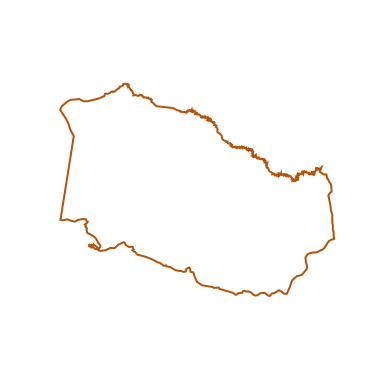 Na Mon, Kalasin, Thailand (Mercator projection), rotated 340°
{"feature_id": "78962969B62182146168517", "entity_name": "Na Mon", "entity_type": "district", "adm_level": 2, "iso_a3": "THA", "parent_name": "Thailand", "parent_adm1": "Kalasin", "projection": "mercator", "projection_center": [103.83, 16.584], "detail": "fine", "context": "isolated", "style": "outline", "palette": "amber", "viewbox_px": 384, "rotation_deg": 340, "n_neighbors": 0, "source": "geoboundaries", "source_scale": "gbopen_adm2", "svg_char_len": 6041}
<svg xmlns="http://www.w3.org/2000/svg" viewBox="0 0 384 384"><g transform="rotate(340 192 192)"><path d="M246.3,320.1L251.3,314.9L255.9,309.3L262.2,306.8L264.1,307.3L267.0,307.4L273.2,303.8L274.6,301.9L275.2,296.0L276.3,292.2L278.6,290.5L280.1,290.0L283.9,290.0L288.7,291.3L296.2,290.5L303.9,284.9L306.5,284.5L309.5,284.7L310.1,281.4L311.4,278.2L311.5,275.5L312.9,271.7L313.5,268.2L315.8,262.2L316.5,255.8L317.4,252.4L319.0,241.8L321.8,239.9L323.2,239.5L325.1,233.4L325.2,232.0L324.4,229.3L324.2,226.4L323.7,225.5L324.3,221.4L322.0,220.8L318.9,216.6L322.0,213.2L318.9,214.1L318.6,212.9L318.0,212.9L317.9,212.3L316.7,212.0L316.5,212.6L317.4,212.7L316.6,213.6L316.6,214.2L315.6,213.9L314.1,215.6L313.0,214.7L312.6,214.9L313.3,215.9L313.0,217.3L312.4,217.6L312.1,217.0L311.1,216.7L311.6,215.0L311.3,214.2L310.4,215.0L311.1,215.4L310.8,215.9L308.2,215.6L307.8,214.8L308.4,214.8L308.5,213.9L306.0,213.0L306.2,212.0L304.7,211.8L304.6,210.7L302.4,210.6L302.2,211.4L303.5,212.2L302.8,213.1L302.8,212.2L302.2,212.6L301.8,211.9L300.8,212.4L299.8,211.7L299.0,212.5L298.6,211.4L297.7,210.8L297.3,211.3L297.8,212.3L297.5,212.7L297.3,212.2L296.6,212.6L296.7,213.6L295.6,212.6L294.7,213.6L295.4,214.3L295.6,215.8L296.1,216.0L295.9,216.8L294.8,216.6L295.1,215.8L294.7,215.0L294.1,214.8L293.8,215.5L294.2,216.5L293.0,217.1L292.2,216.8L291.8,215.8L291.0,216.4L290.1,216.1L291.3,214.5L290.0,214.0L290.7,213.0L289.9,210.7L289.3,210.1L288.4,210.6L287.9,209.0L287.2,209.8L286.4,209.2L286.8,208.2L286.4,207.5L285.6,207.4L285.5,208.8L284.5,207.8L283.7,208.0L283.5,207.6L284.1,206.5L282.1,206.6L282.3,204.8L282.0,205.2L280.9,204.6L281.3,205.4L281.0,205.9L279.5,205.2L280.1,206.1L279.1,206.8L279.2,205.6L278.4,205.6L278.1,206.3L276.9,205.6L276.9,204.9L275.4,204.7L275.3,204.3L275.8,203.9L275.3,202.9L273.5,202.8L274.1,201.7L271.9,199.2L271.6,195.5L271.0,195.2L271.3,194.6L270.5,193.9L271.0,193.2L270.7,192.3L271.8,192.0L272.9,190.2L271.8,190.3L272.0,189.8L270.5,189.2L271.4,188.1L270.3,188.0L270.1,187.6L271.1,186.5L270.4,186.3L270.7,185.6L269.2,185.3L269.2,184.6L267.9,184.7L267.0,184.2L266.8,182.6L266.1,182.4L265.5,182.9L265.4,182.2L264.5,182.3L264.1,181.1L264.4,180.1L263.7,180.4L263.2,179.7L263.7,179.1L262.5,179.4L262.3,180.3L261.5,180.2L261.0,178.8L261.8,178.9L261.1,178.4L262.1,177.8L261.7,176.4L262.5,176.2L262.3,174.9L263.0,175.5L263.4,174.8L262.9,174.4L263.0,173.0L262.7,172.1L262.3,171.9L262.4,172.5L261.3,172.8L261.1,172.2L260.4,172.3L260.3,171.7L259.6,172.2L259.6,171.0L258.8,171.9L258.2,171.3L258.8,170.4L257.8,170.1L257.9,168.8L256.7,169.0L256.2,167.6L255.1,168.0L255.3,167.2L254.3,166.2L253.9,166.4L254.3,166.9L253.7,167.4L252.2,166.0L251.8,167.0L250.6,165.5L249.6,166.0L249.5,165.1L248.5,164.9L248.2,164.2L247.9,164.3L248.0,165.0L247.0,164.0L245.6,164.0L244.3,162.2L245.5,162.1L245.8,161.5L245.1,161.3L245.4,160.8L245.1,160.0L244.4,160.3L244.4,159.3L242.7,158.9L242.0,157.3L242.5,156.8L241.3,156.5L241.2,155.6L240.7,155.5L239.1,153.7L238.7,152.8L239.0,149.1L238.6,147.3L236.4,144.6L236.7,143.2L237.5,142.3L237.4,140.1L236.6,139.0L237.7,138.0L236.8,137.0L235.9,136.7L236.6,136.2L236.3,134.9L236.8,134.5L236.6,133.9L235.4,134.3L234.8,133.4L235.4,133.6L235.6,133.3L234.2,132.0L234.3,131.3L233.8,130.7L234.8,130.2L234.7,129.8L234.1,129.1L233.4,129.3L232.6,130.7L231.9,130.7L232.7,129.3L232.2,129.7L231.3,129.5L232.8,128.5L232.5,127.1L231.8,127.0L232.1,128.0L231.5,128.3L231.3,127.1L230.5,127.0L230.1,125.3L228.9,126.4L228.3,126.0L228.8,125.5L228.1,125.4L228.0,124.6L227.6,124.5L227.5,125.1L226.9,124.5L227.2,125.5L226.7,125.6L225.9,124.6L226.0,122.9L225.6,121.8L223.2,121.0L222.7,119.9L221.6,119.8L222.1,119.2L223.2,119.2L222.3,118.3L222.7,117.3L221.5,116.9L221.1,117.1L220.9,115.8L219.7,116.9L218.6,115.9L219.4,115.5L219.8,114.3L219.2,114.7L218.5,114.4L218.5,115.1L215.7,113.9L214.9,114.4L215.4,114.8L214.8,115.4L213.5,115.5L212.7,114.3L210.8,114.0L209.7,112.9L208.5,112.7L208.2,112.3L208.5,111.8L207.8,111.1L205.9,110.0L203.2,107.0L201.5,105.9L188.1,99.3L187.0,97.6L185.4,94.1L184.8,93.7L184.8,92.8L185.6,91.8L184.9,91.3L185.2,90.3L183.6,89.9L183.3,88.7L183.0,88.9L182.3,88.2L181.7,88.4L181.4,88.0L181.7,88.0L181.6,87.6L179.1,86.7L179.2,86.1L178.2,85.4L178.3,84.5L177.8,83.5L176.9,83.6L176.1,82.7L174.9,83.4L173.3,82.7L172.4,81.8L170.3,81.2L170.7,80.9L170.3,79.8L170.6,79.4L170.2,79.0L170.4,76.7L169.6,75.9L169.9,75.2L169.3,74.3L168.6,71.7L167.9,71.7L168.3,70.6L167.9,70.2L169.3,69.7L168.8,68.8L166.0,67.4L164.2,67.1L163.8,68.1L163.2,68.3L160.7,68.6L160.3,68.3L158.5,69.7L158.0,69.5L153.8,71.1L152.9,70.8L152.1,71.1L151.9,70.5L150.3,70.2L149.2,70.8L146.2,70.9L144.0,69.9L142.4,71.9L136.4,72.3L124.7,71.0L121.0,69.6L118.0,66.2L109.5,63.9L105.4,64.5L99.4,66.7L96.8,68.8L96.3,70.1L98.8,80.7L99.2,85.5L99.0,92.4L100.1,98.9L58.8,173.3L60.7,174.3L65.3,175.0L70.1,178.8L71.8,179.7L73.6,179.8L74.7,179.1L80.2,180.1L83.0,181.4L83.0,183.3L83.8,184.3L82.5,185.3L80.2,185.9L80.8,187.4L80.0,188.4L80.8,190.0L80.7,190.5L79.9,191.1L79.7,194.0L80.3,195.7L81.2,196.1L85.2,201.2L86.0,203.7L86.5,207.9L87.3,209.5L87.6,211.0L87.2,212.0L85.5,213.2L84.5,212.5L81.7,207.8L81.4,208.6L80.5,208.3L79.1,206.5L79.4,208.0L77.4,207.3L77.5,206.6L76.9,206.7L76.8,208.0L78.2,208.7L78.6,209.8L79.8,209.9L80.9,211.1L81.1,212.1L83.4,213.3L84.4,215.1L86.1,216.1L91.0,217.1L96.2,216.7L100.2,218.3L104.6,216.4L110.6,215.8L111.5,216.7L111.6,219.1L113.9,222.0L117.4,223.1L117.5,226.0L116.1,226.3L117.0,228.1L117.9,228.8L119.3,232.2L125.7,236.6L130.8,240.9L135.8,246.5L137.8,247.8L140.3,251.8L142.3,252.0L142.2,252.8L145.8,255.1L149.6,259.7L152.0,261.3L154.2,262.2L156.9,264.2L158.9,264.6L160.4,262.3L163.5,262.0L163.8,263.5L163.4,266.6L165.5,267.8L165.8,268.3L165.5,272.9L166.0,278.2L169.3,282.9L178.9,288.4L179.9,289.6L184.5,291.0L184.7,292.5L195.8,300.6L197.8,303.4L198.5,303.7L201.4,302.9L204.6,303.9L205.9,302.7L207.3,302.7L209.1,304.1L211.0,304.7L213.2,306.7L214.4,309.4L216.1,311.0L218.1,311.3L221.8,310.5L225.0,311.4L226.0,311.9L228.1,315.4L229.7,316.3L232.2,314.8L235.3,315.1L240.0,314.1L242.2,316.2L243.5,319.0L246.3,320.1Z" fill="none" stroke="#b45309" stroke-width="2"/></g></svg>